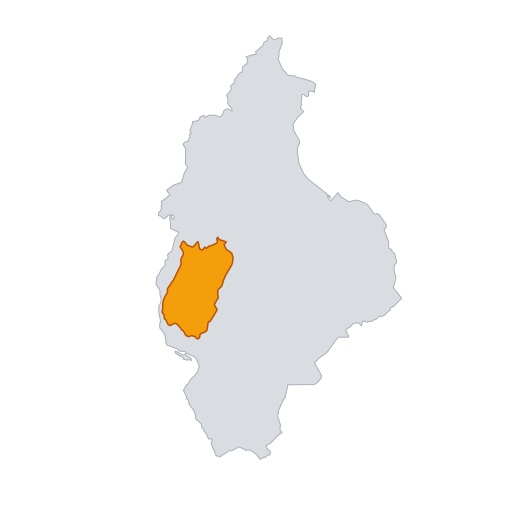 Fars on a map of Iran (Natural Earth projection), rotated 52°
{"feature_id": "IRN-3212", "entity_name": "Fars", "entity_type": "Province", "adm_level": 1, "iso_a3": "IRN", "parent_name": "Iran", "parent_adm1": "", "projection": "natural_earth1", "projection_center": [52.93, 29.426], "detail": "fine", "context": "in_parent", "style": "filled", "palette": "amber", "viewbox_px": 512, "rotation_deg": 52, "n_neighbors": 0, "source": "natural_earth", "source_scale": "10m", "svg_char_len": 5554}
<svg xmlns="http://www.w3.org/2000/svg" viewBox="0 0 512 512"><g transform="rotate(52 256 256)"><path d="M256.5,152.4L261.2,152.7L269.8,149.8L270.6,149.1L273.1,143.3L276.1,140.7L281.2,137.6L284.5,136.5L296.2,137.0L297.0,134.6L299.0,133.4L311.7,134.1L313.6,135.9L314.4,139.2L325.0,142.2L327.2,143.2L329.8,145.7L332.0,146.3L334.7,145.2L336.4,146.0L339.2,145.3L347.5,148.9L348.6,152.6L350.2,154.3L352.0,155.9L358.6,158.8L360.6,160.4L365.4,167.3L378.6,167.2L379.5,168.6L379.4,171.6L380.5,178.6L379.5,181.2L381.3,183.4L381.2,187.8L381.9,190.9L380.5,195.1L379.0,196.0L379.9,199.7L378.7,203.4L378.9,204.7L376.9,207.8L376.8,209.0L373.0,211.9L375.9,216.0L371.7,216.3L369.1,220.8L369.9,226.1L369.3,228.8L369.7,230.4L370.8,231.4L376.6,232.5L376.8,233.2L370.8,240.9L371.2,244.0L375.8,259.7L375.3,267.5L376.0,275.6L390.6,278.0L392.3,280.0L393.4,284.5L393.4,287.8L393.0,289.6L377.1,310.1L385.6,320.3L386.0,322.6L391.1,332.6L395.9,337.8L404.0,340.6L407.8,344.3L411.1,344.2L410.9,349.3L412.4,359.9L411.5,364.8L414.4,365.8L418.8,365.1L420.3,366.0L421.2,367.8L420.2,368.8L420.4,372.9L419.3,373.8L418.9,377.8L412.4,377.9L406.4,379.7L404.2,381.1L402.9,384.0L400.9,383.7L400.3,384.8L396.0,386.7L394.7,394.8L393.1,396.7L392.0,408.3L391.0,408.5L388.9,410.4L375.7,406.6L374.3,403.9L373.0,403.4L371.1,406.0L364.5,404.5L362.2,405.0L360.8,404.1L357.3,404.1L354.5,402.4L347.3,403.8L342.9,400.9L338.2,400.1L332.4,400.1L327.7,398.0L325.3,398.8L324.2,397.3L317.2,395.9L314.9,390.7L314.8,388.1L313.0,383.7L312.4,377.2L310.8,372.4L307.8,368.5L299.8,366.2L295.6,367.4L292.6,369.6L287.5,370.9L283.5,375.2L281.3,374.9L271.9,380.8L269.9,380.8L263.0,376.8L259.9,376.0L253.5,376.2L250.0,373.5L249.1,371.6L240.8,367.4L235.8,363.6L234.2,360.0L232.0,357.4L227.0,355.3L224.2,353.0L216.5,352.2L211.1,346.5L211.1,344.7L208.0,338.5L207.4,334.0L206.7,332.8L204.0,330.9L203.6,329.7L204.2,326.9L200.7,325.1L200.2,323.7L200.3,319.3L192.1,308.8L190.4,302.9L188.9,302.7L181.4,306.5L179.3,304.4L172.8,300.6L171.9,299.2L173.6,298.5L175.2,299.2L176.2,298.4L175.8,297.1L174.2,296.4L172.0,296.4L172.5,297.6L170.5,298.7L170.0,300.2L170.4,304.6L169.6,305.8L166.1,306.5L163.9,307.9L162.0,306.3L161.5,303.1L160.3,301.1L158.5,300.3L157.1,298.3L154.9,297.3L154.9,286.2L149.2,286.0L149.3,277.6L152.0,269.3L146.7,261.7L144.3,256.0L142.9,254.9L140.0,255.1L130.7,247.3L127.4,245.3L122.9,244.7L122.4,242.0L123.6,239.0L121.5,235.1L120.9,233.9L119.0,233.5L119.2,231.0L116.7,231.1L112.4,224.3L111.1,223.4L113.7,218.2L112.0,214.0L113.1,210.5L115.5,210.7L116.2,206.0L120.5,201.1L124.2,199.0L124.5,197.6L123.9,194.9L121.6,191.7L122.0,188.9L122.8,187.5L126.6,186.0L126.8,185.4L125.0,184.4L118.4,184.4L114.8,181.1L111.4,180.3L109.6,173.2L109.0,172.3L107.4,172.1L106.4,170.7L106.0,166.0L103.7,163.9L101.9,156.8L101.8,155.1L102.5,153.5L98.9,150.5L98.5,145.8L99.3,144.7L95.1,141.3L93.2,141.2L93.0,140.6L96.1,133.3L97.3,131.6L94.8,130.5L94.9,126.9L94.3,123.9L94.6,121.1L93.0,119.0L92.6,117.8L93.2,114.6L91.6,113.1L90.8,109.8L96.9,108.8L98.2,103.7L100.4,101.6L104.2,104.0L109.4,112.3L112.6,114.8L115.0,117.5L126.5,120.4L129.0,119.5L132.9,119.7L138.0,114.6L140.3,113.9L146.3,108.8L153.7,104.1L157.4,103.3L162.8,109.3L159.6,111.1L159.1,112.6L159.4,114.1L161.9,115.6L162.1,117.3L161.3,118.1L158.0,119.0L157.1,120.7L160.6,123.4L162.2,125.8L164.1,126.3L167.0,130.0L171.6,129.5L172.5,138.3L175.0,145.6L179.9,148.7L192.7,151.1L194.1,152.5L196.1,156.5L199.4,159.4L209.3,165.0L220.1,167.7L227.4,167.6L254.1,161.1L256.6,161.1L252.6,162.7L254.1,163.5L257.5,163.5L258.3,162.8L258.4,161.7L256.5,152.4ZM296.9,372.1L295.3,374.6L292.8,376.7L291.0,376.1L283.6,379.2L281.6,379.0L281.3,378.0L289.5,374.4L289.8,373.4L289.4,371.5L292.0,372.3L294.9,370.8L297.3,370.3L298.5,371.4L296.9,372.1Z" fill="#d9dde1" stroke="#a8b0b8" stroke-width="1"/><path d="M226.3,271.0L226.6,271.0L226.9,271.6L227.1,273.6L227.9,274.3L231.7,275.2L233.0,275.2L238.9,273.4L243.3,275.2L245.9,277.7L248.1,280.5L252.2,291.2L255.1,296.6L257.8,300.2L258.6,301.6L259.2,306.2L259.7,307.4L262.4,309.6L265.9,311.5L265.9,311.9L266.4,313.6L267.8,316.7L268.0,317.5L268.4,318.2L268.8,318.6L269.6,319.1L273.6,319.5L274.6,320.0L278.2,329.2L279.2,332.5L279.2,333.1L278.6,333.5L278.7,334.5L284.0,339.9L284.5,341.2L284.3,343.6L283.4,347.0L283.3,347.9L283.4,348.6L284.9,349.9L285.7,351.3L285.6,352.5L285.3,353.1L284.9,353.4L284.4,353.6L283.4,353.5L281.8,354.0L279.4,355.4L278.8,356.5L278.2,358.4L277.2,359.4L275.0,360.1L270.4,359.4L268.8,359.8L267.9,360.2L267.1,359.9L266.0,359.8L261.4,360.2L259.6,360.9L258.8,361.9L258.5,363.6L258.2,364.7L258.2,365.0L258.4,365.6L257.9,366.4L256.1,367.5L250.7,366.4L250.3,366.4L249.0,366.8L248.7,366.7L248.4,366.6L246.9,365.3L246.3,365.0L242.4,364.6L241.1,363.3L240.6,362.3L237.1,359.6L234.9,357.4L232.6,354.3L230.3,348.7L228.9,347.0L228.4,346.7L227.6,346.3L227.2,345.6L224.6,337.9L224.2,336.0L216.5,320.3L214.9,318.8L213.5,318.3L212.4,317.1L211.2,315.0L210.3,312.7L209.1,311.4L206.8,310.6L202.9,310.3L201.9,309.9L200.9,307.6L200.0,306.7L199.6,305.1L199.6,304.1L201.3,303.6L204.2,303.7L205.0,303.6L209.6,300.8L210.0,300.0L210.0,298.9L209.6,298.1L209.5,297.7L209.7,297.2L209.7,296.7L209.1,295.1L208.8,293.3L209.1,293.0L210.5,293.4L212.5,294.4L212.9,294.5L213.3,295.0L214.0,295.4L215.8,295.9L216.8,295.7L217.6,295.1L218.1,294.7L218.1,293.5L217.6,290.8L219.0,290.6L219.4,290.4L219.4,289.8L219.3,288.5L219.4,286.7L220.9,282.9L221.2,280.7L221.7,279.3L221.2,277.8L220.2,277.1L219.4,276.9L218.7,276.6L218.2,276.1L217.8,275.1L217.9,274.5L219.5,274.9L220.8,274.7L223.2,273.0L223.7,272.8L224.0,272.3L226.3,271.0Z" fill="#f59e0b" stroke="#b45309" stroke-width="1.5"/></g></svg>